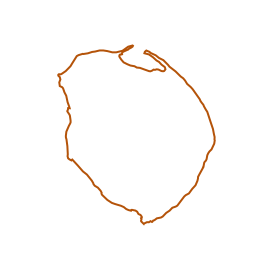 Emau, Vanuatu (Natural Earth projection), rotated 118°
{"feature_id": "77236927B40148322010729", "entity_name": "Emau", "entity_type": "district", "adm_level": 2, "iso_a3": "VUT", "parent_name": "Vanuatu", "parent_adm1": "", "projection": "natural_earth1", "projection_center": [168.487, -17.482], "detail": "fine", "context": "isolated", "style": "outline", "palette": "amber", "viewbox_px": 256, "rotation_deg": 118, "n_neighbors": 0, "source": "geoboundaries", "source_scale": "gbopen_adm2", "svg_char_len": 2440}
<svg xmlns="http://www.w3.org/2000/svg" viewBox="0 0 256 256"><g transform="rotate(118 128 128)"><path d="M148.1,182.4L148.4,182.2L149.8,181.4L151.0,181.2L153.9,181.2L160.2,180.7L164.3,179.1L165.6,178.3L166.9,177.0L172.5,173.0L179.5,168.8L181.3,168.1L182.9,166.6L183.2,164.9L183.2,162.8L182.6,162.7L182.0,162.4L184.7,154.7L187.5,147.4L188.4,142.4L191.5,135.2L193.0,132.8L193.7,132.2L194.6,130.3L194.8,126.6L196.3,122.7L197.5,120.9L198.4,120.6L199.2,119.5L201.2,112.5L201.7,107.1L201.2,103.7L200.0,97.8L199.8,94.6L200.4,91.5L200.2,88.9L199.6,86.5L198.8,86.6L198.4,86.1L197.4,82.6L197.6,80.6L198.7,78.9L199.0,78.4L199.0,77.8L198.9,76.2L199.8,74.3L200.7,73.7L201.5,74.2L202.4,73.2L203.9,72.9L204.3,72.4L205.3,69.0L204.9,69.0L202.3,67.1L201.4,65.3L199.7,64.4L199.7,62.7L199.4,62.5L197.9,62.3L197.0,61.4L194.2,60.1L191.6,56.9L189.9,55.8L185.0,54.4L181.5,52.5L177.6,51.4L174.9,48.9L173.4,48.0L162.1,46.2L160.2,45.5L157.2,43.5L151.6,42.7L146.9,41.5L142.1,41.9L139.7,42.5L138.3,43.2L135.3,43.2L127.3,43.1L127.3,43.3L126.1,43.4L122.9,44.4L121.9,44.4L120.2,43.9L118.6,44.0L114.8,45.2L112.6,45.3L110.6,45.1L107.7,44.2L101.4,44.5L98.2,45.6L97.6,46.2L95.3,47.3L92.9,49.4L89.0,52.5L83.9,57.9L76.5,65.6L75.3,67.8L73.2,71.1L72.1,72.4L71.0,75.0L70.1,76.7L68.9,78.2L63.4,89.1L62.4,91.8L61.3,96.5L59.3,99.9L58.2,102.6L57.8,105.6L55.7,112.6L54.4,120.2L53.5,122.2L51.5,128.6L51.6,133.6L50.8,137.6L51.1,143.0L50.7,144.9L51.0,148.2L52.8,148.9L54.3,148.6L53.2,144.0L53.8,139.2L55.0,134.5L55.1,131.6L56.3,128.2L56.9,124.3L57.2,123.8L58.6,122.5L60.6,122.8L61.4,123.6L62.0,125.2L62.1,128.5L62.7,130.2L64.0,131.5L64.5,132.9L65.8,133.5L67.3,134.7L67.5,135.1L67.9,136.0L68.7,141.4L69.3,145.7L70.5,148.6L70.4,151.2L71.7,155.2L72.0,158.5L72.1,162.7L70.8,166.0L69.4,168.6L68.6,169.5L67.2,169.7L66.2,168.4L65.7,167.9L65.2,168.4L65.1,168.5L63.1,168.2L58.9,164.9L58.7,164.7L58.4,164.7L57.5,164.3L55.5,162.9L54.1,162.2L53.1,162.2L53.0,162.7L56.1,166.0L62.4,169.1L66.7,173.9L68.5,177.2L69.8,182.4L71.1,186.1L72.8,189.4L76.0,193.0L77.7,195.4L80.9,198.5L83.6,202.1L83.8,202.8L86.9,205.9L88.6,207.0L97.0,207.6L100.5,207.8L107.0,209.7L111.4,212.0L112.3,212.7L112.9,214.2L113.2,214.4L114.0,214.5L114.6,213.9L115.1,212.1L116.9,210.5L120.0,210.1L123.0,207.9L122.9,205.2L123.5,203.9L126.4,200.8L128.5,197.7L133.5,193.5L136.6,190.1L137.9,188.8L138.5,190.2L140.2,189.6L141.3,189.6L141.8,189.4L143.7,185.9L144.5,185.0L148.1,182.4Z" fill="none" stroke="#b45309" stroke-width="2"/></g></svg>